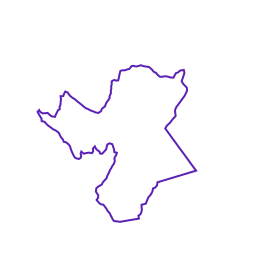 Viana, Espírito Santo, Brazil, rotated 310°
{"feature_id": "56859067B48363656253494", "entity_name": "Viana", "entity_type": "district", "adm_level": 2, "iso_a3": "BRA", "parent_name": "Brazil", "parent_adm1": "Espírito Santo", "projection": "robinson", "projection_center": [-40.52, -20.392], "detail": "fine", "context": "isolated", "style": "outline", "palette": "violet", "viewbox_px": 256, "rotation_deg": 310, "n_neighbors": 0, "source": "geoboundaries", "source_scale": "gbopen_adm2", "svg_char_len": 2634}
<svg xmlns="http://www.w3.org/2000/svg" viewBox="0 0 256 256"><g transform="rotate(310 128 128)"><path d="M77.8,57.4L79.1,60.1L78.7,62.4L78.5,65.6L78.8,68.2L78.8,71.0L79.6,73.9L79.8,76.0L79.8,78.3L78.7,80.4L77.8,82.7L77.3,85.7L76.1,87.6L77.2,89.7L77.3,92.4L76.9,95.0L75.4,97.3L73.9,99.9L72.3,103.3L71.2,106.3L71.7,108.3L72.7,110.3L74.6,110.9L76.4,110.2L77.9,108.2L79.9,107.4L79.9,110.7L82.0,112.1L84.0,113.9L85.6,116.6L87.8,116.3L89.6,114.4L92.6,114.4L91.5,116.9L91.4,119.0L91.6,121.3L90.5,123.0L91.6,124.7L94.5,124.9L97.6,125.0L99.9,123.8L102.1,122.8L104.4,123.7L105.5,126.3L103.9,129.0L102.7,130.9L100.7,133.1L101.9,135.3L99.9,136.3L98.1,136.5L96.1,137.0L94.3,139.1L91.5,140.2L88.7,140.4L86.8,140.9L84.5,141.2L81.4,142.1L78.1,142.9L75.6,143.9L72.7,143.7L69.8,143.7L67.8,144.3L66.1,143.6L63.9,142.8L61.4,142.5L58.7,144.2L57.9,146.5L57.4,148.4L55.4,149.9L52.7,150.2L52.1,153.2L52.0,155.8L53.4,158.5L52.8,161.2L52.2,163.7L51.4,165.6L51.0,168.6L49.8,171.2L48.4,174.5L47.7,177.0L49.2,179.3L51.0,182.2L65.6,194.6L67.6,192.3L69.5,192.9L71.4,192.6L73.9,191.5L76.0,189.4L77.9,187.7L79.5,188.9L81.7,190.3L83.6,189.5L85.9,188.8L87.9,188.2L89.8,188.2L92.2,188.2L95.4,187.4L97.7,186.0L99.8,187.1L102.7,187.1L105.4,185.5L139.1,207.6L141.2,198.7L142.1,195.3L144.6,185.1L145.1,182.9L146.3,178.0L147.3,174.1L148.6,168.7L150.9,159.6L151.6,156.8L155.0,156.3L159.0,156.8L161.6,156.6L164.0,156.6L166.0,156.8L168.0,156.7L169.7,154.7L172.0,152.5L174.9,151.6L178.2,151.4L181.2,151.2L185.5,150.9L188.9,150.7L191.0,150.2L193.2,149.7L194.9,149.0L196.7,147.1L197.0,144.6L197.2,142.3L198.2,139.2L200.7,138.1L202.6,137.4L204.7,136.6L206.8,135.5L208.3,133.4L205.5,131.0L202.7,130.6L200.7,129.4L198.5,129.9L195.7,130.4L193.9,127.9L192.9,125.3L191.1,122.7L189.1,121.2L187.7,119.3L187.8,116.7L188.2,114.0L187.6,111.4L188.2,108.6L188.2,104.8L186.9,102.7L185.4,100.3L184.4,97.6L182.6,96.4L180.3,94.7L179.1,92.1L177.6,90.9L174.2,91.1L172.2,89.6L170.5,88.8L168.8,86.8L166.9,85.5L164.2,86.7L160.4,88.8L158.2,89.9L156.8,88.6L155.9,86.5L153.3,85.5L150.9,87.5L149.1,88.3L147.6,89.8L145.8,90.7L143.7,92.5L140.7,93.4L138.8,94.8L135.8,95.0L133.7,95.2L131.9,95.6L129.7,96.5L127.9,96.0L125.8,95.7L123.5,96.5L120.6,95.7L119.2,93.5L118.4,90.8L117.2,87.5L116.8,85.0L116.1,83.2L115.9,80.3L116.0,78.0L115.9,75.2L115.8,72.3L115.9,69.1L115.4,65.5L115.4,62.6L116.4,58.9L115.6,56.5L112.8,57.1L110.9,57.9L109.0,55.9L107.2,58.0L104.9,59.5L102.4,61.3L100.1,62.1L98.6,63.6L96.7,62.9L94.2,63.6L91.8,64.1L89.7,64.9L88.2,62.7L87.7,60.7L87.9,56.7L86.0,55.0L84.4,53.2L83.9,50.5L84.6,48.4L82.2,48.4L81.3,50.6L80.3,53.5L79.6,55.7L77.8,57.4Z" fill="none" stroke="#5b21b6" stroke-width="2"/></g></svg>